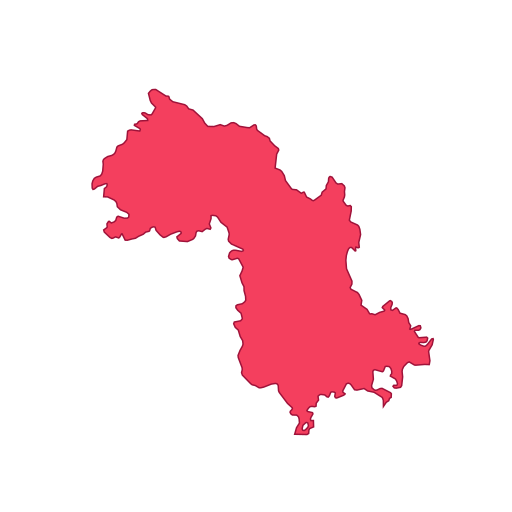 the Republic of Mordovia, rotated 236°
{"feature_id": "RUS-2372", "entity_name": "Mordovia", "entity_type": "Republic", "adm_level": 1, "iso_a3": "RUS", "parent_name": "Russia", "parent_adm1": "", "projection": "albers", "projection_center": [44.161, 54.419], "detail": "fine", "context": "isolated", "style": "filled", "palette": "rose", "viewbox_px": 512, "rotation_deg": 236, "n_neighbors": 0, "source": "natural_earth", "source_scale": "10m", "svg_char_len": 6044}
<svg xmlns="http://www.w3.org/2000/svg" viewBox="0 0 512 512"><g transform="rotate(236 256 256)"><path d="M166.5,319.9L160.1,318.9L156.5,315.6L149.7,318.2L144.7,317.9L144.0,318.4L143.4,319.7L140.7,321.9L140.1,327.0L138.7,331.2L138.9,332.2L139.3,332.5L142.6,331.8L143.3,332.9L144.1,341.6L143.9,342.4L142.4,343.1L141.1,342.9L139.8,341.8L137.8,338.8L135.9,337.7L134.6,338.7L134.7,342.9L134.3,343.6L132.1,343.9L128.1,343.4L124.0,346.9L122.1,347.5L119.1,347.1L115.4,345.4L111.6,345.2L109.4,342.6L108.9,342.8L108.5,344.1L107.2,352.1L106.3,353.2L104.2,352.5L103.3,350.8L103.5,349.3L105.6,346.2L104.8,345.1L97.9,345.0L97.1,345.4L93.3,352.1L91.9,352.4L90.1,350.5L89.6,348.8L90.4,346.7L92.6,343.8L92.7,342.3L92.2,341.9L90.2,342.6L87.2,344.8L86.5,346.1L86.8,348.6L89.0,355.2L88.5,356.6L87.7,356.4L83.9,352.4L81.1,346.6L80.3,345.7L71.9,341.6L69.1,338.9L71.8,335.2L76.1,327.5L77.0,326.4L82.5,323.8L82.9,321.9L81.8,316.7L80.2,314.0L78.5,312.5L73.8,310.0L67.1,304.3L66.3,302.4L68.0,298.4L69.3,296.9L71.4,296.7L71.8,297.9L70.1,300.3L70.3,301.0L71.0,301.9L73.6,302.7L76.1,302.8L81.3,300.2L82.1,301.1L82.5,302.6L84.6,304.1L87.3,304.9L89.7,304.7L91.6,302.6L92.1,301.3L89.6,297.6L89.3,296.7L89.4,296.0L95.3,291.0L95.6,289.4L94.8,288.2L88.2,284.4L84.0,279.4L82.0,278.4L79.0,279.1L77.8,280.0L77.2,281.5L76.7,284.8L75.8,286.5L67.4,291.1L66.1,291.2L63.2,289.0L63.3,287.1L61.8,285.1L61.9,282.2L60.0,277.5L65.2,280.9L68.1,281.6L77.0,277.7L81.7,273.1L85.7,271.5L88.4,264.7L90.0,262.9L95.9,262.8L97.5,262.5L99.0,261.4L99.5,259.5L95.6,252.4L94.3,251.9L91.9,252.8L91.6,252.3L91.6,250.6L92.9,244.4L93.4,243.1L94.2,242.6L95.6,242.8L98.1,245.2L99.2,244.9L100.5,243.6L101.2,242.3L101.1,241.6L99.1,238.6L98.6,237.0L99.5,236.1L102.4,235.3L104.7,232.7L105.4,231.4L105.1,229.0L101.6,227.3L100.3,223.6L97.9,221.8L98.2,220.4L100.1,218.2L100.9,216.4L100.5,214.3L99.4,211.7L98.3,211.8L94.6,215.2L93.9,215.2L93.2,214.8L91.3,211.0L90.3,209.9L88.8,209.5L87.5,211.6L82.1,208.2L82.9,204.0L82.2,202.6L79.4,200.4L79.5,198.4L86.6,188.4L91.0,193.6L93.2,198.6L96.9,200.7L99.0,201.3L101.3,200.8L103.9,197.2L105.7,196.6L107.5,196.9L108.1,197.7L108.5,199.6L109.1,200.8L110.0,201.2L116.2,199.7L129.9,199.0L131.6,199.3L136.4,202.1L138.4,201.9L139.5,200.8L141.2,197.2L143.0,189.1L144.1,186.2L145.0,184.9L149.0,183.0L151.4,180.8L153.1,180.2L164.9,178.1L167.4,178.8L169.3,180.9L171.1,182.0L181.7,184.5L183.6,185.5L186.6,189.9L188.9,194.4L190.2,196.0L193.3,197.6L198.1,197.9L204.5,199.9L208.4,198.9L212.3,199.6L213.4,201.1L210.9,207.0L211.4,209.1L212.0,209.8L216.9,211.6L221.2,210.5L224.3,210.4L225.9,211.5L226.0,213.2L224.1,217.9L224.3,221.0L225.1,222.8L228.4,224.8L233.9,226.7L237.3,228.9L241.6,229.4L248.7,231.6L251.4,236.1L253.9,239.1L263.5,240.1L264.6,239.2L266.1,234.4L266.7,233.6L269.2,232.5L271.0,233.0L273.3,235.8L273.7,237.3L273.8,239.1L273.3,240.7L272.0,242.5L267.9,246.6L267.5,248.0L267.9,248.8L269.1,248.9L279.7,242.3L283.6,241.6L285.4,242.3L288.7,245.7L290.0,246.5L296.1,248.2L303.5,245.8L309.8,245.9L311.8,245.2L314.1,242.6L314.6,241.3L312.1,239.6L308.7,235.2L304.5,234.3L303.8,233.0L306.3,230.7L306.6,228.9L306.3,225.0L309.0,222.6L309.6,220.9L309.0,219.5L306.5,217.1L305.3,214.2L305.2,212.8L306.3,207.2L311.3,200.9L314.4,200.5L316.1,201.1L316.6,206.4L317.0,207.0L318.3,207.2L319.4,206.3L320.3,203.9L321.8,197.5L322.2,192.2L322.9,190.0L323.4,189.5L327.1,188.3L333.2,187.5L336.2,188.5L337.4,187.6L338.0,185.9L338.0,183.8L336.4,181.9L336.3,181.1L337.5,177.9L337.1,174.7L338.0,169.6L338.1,166.0L339.5,162.7L341.0,158.2L342.3,156.4L349.2,157.4L349.5,156.9L347.9,153.6L347.7,152.3L350.4,150.3L350.8,147.3L351.3,146.2L353.1,145.3L360.7,143.6L362.8,144.3L362.9,148.0L363.3,148.9L366.0,150.4L367.1,153.0L366.9,153.7L364.3,154.5L363.6,157.3L363.9,159.6L366.1,162.3L366.1,163.9L361.0,167.9L359.3,170.6L359.4,172.2L361.6,174.0L364.4,173.3L370.1,169.5L374.4,168.6L377.3,170.0L379.4,170.3L381.8,169.7L388.0,166.0L390.3,162.8L396.7,168.0L396.9,170.8L398.2,172.5L399.4,172.8L400.3,171.3L401.2,166.8L402.3,163.7L401.9,159.5L402.3,158.1L403.9,158.2L407.6,160.5L409.6,162.8L410.8,165.4L410.7,167.7L409.5,171.6L410.1,173.8L412.1,176.4L417.5,180.7L420.2,182.1L421.2,183.5L421.5,184.8L421.4,188.6L420.0,192.8L419.9,195.0L420.4,196.9L421.5,198.6L424.1,201.6L424.4,203.2L423.3,207.8L423.5,210.0L424.7,214.0L431.3,219.4L431.1,221.4L430.4,223.0L424.6,229.5L425.5,230.8L426.5,231.0L432.3,228.2L433.1,229.0L432.3,230.7L432.2,231.7L433.0,233.7L432.8,235.5L428.9,242.0L430.5,242.8L436.9,240.8L438.1,241.1L438.2,241.9L437.5,243.2L436.4,244.2L433.7,245.4L432.3,247.0L431.6,248.2L432.0,249.6L435.0,255.6L435.6,256.0L441.3,254.9L444.1,255.3L451.0,257.8L451.8,260.6L452.0,262.6L451.6,263.7L450.1,266.0L438.9,270.8L437.7,272.5L437.0,272.9L434.3,272.1L430.4,273.3L421.3,281.5L419.1,282.4L415.6,282.5L412.2,285.4L399.8,288.3L394.9,287.8L390.4,288.5L386.8,293.6L384.9,299.8L381.4,302.4L380.5,305.0L380.3,309.8L379.0,312.1L376.9,313.5L372.8,314.8L367.4,320.5L365.9,322.4L365.8,327.7L365.0,328.9L363.6,328.9L360.6,327.4L359.1,327.5L350.9,330.4L348.8,332.0L346.1,332.9L343.6,332.0L337.0,333.1L332.6,334.6L331.1,334.1L328.9,330.1L318.2,321.0L313.9,324.0L311.7,324.6L306.8,324.4L302.0,322.6L291.8,323.0L290.8,323.5L288.2,326.6L282.7,328.6L282.4,331.1L281.9,331.7L276.6,330.9L272.9,333.0L270.7,333.7L269.8,334.4L269.6,335.5L269.9,344.1L271.9,346.5L272.5,351.6L275.1,353.7L277.0,357.5L279.9,359.8L280.5,361.1L280.5,361.9L278.8,363.2L271.8,363.2L269.9,364.0L268.0,367.6L264.7,368.4L262.8,367.9L260.0,365.4L257.0,363.7L255.5,362.3L253.5,359.3L252.6,358.9L247.6,359.1L246.1,360.0L245.2,362.3L243.6,362.6L240.1,360.1L233.5,353.4L231.2,353.6L224.9,357.5L223.1,357.8L220.0,357.0L215.3,354.7L209.8,348.8L205.5,346.5L205.5,345.7L205.8,345.1L207.5,343.9L206.7,342.8L204.6,341.7L204.7,341.0L209.6,340.0L210.4,338.9L210.5,338.1L210.1,336.6L208.5,334.2L205.9,331.2L202.2,328.1L194.8,323.9L181.5,321.5L179.1,319.8L177.2,316.4L175.4,316.1L168.9,319.7L166.5,319.9ZM88.6,205.6L89.6,205.0L90.0,204.1L89.4,200.2L86.9,197.6L85.4,197.3L84.4,198.3L84.3,199.9L85.0,203.1L85.9,204.5L88.6,205.6Z" fill="#f43f5e" stroke="#9f1239" stroke-width="1.5"/></g></svg>